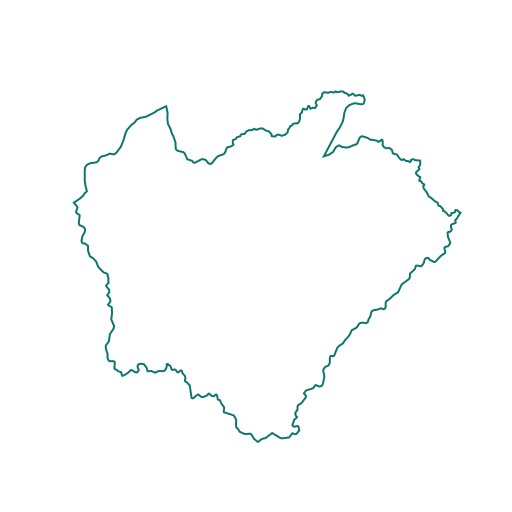 Manzanares, Caldas, Colombia, rotated 13°
{"feature_id": "7082276B1219739961370", "entity_name": "Manzanares", "entity_type": "district", "adm_level": 2, "iso_a3": "COL", "parent_name": "Colombia", "parent_adm1": "Caldas", "projection": "robinson", "projection_center": [-75.127, 5.233], "detail": "fine", "context": "isolated", "style": "outline", "palette": "teal", "viewbox_px": 512, "rotation_deg": 13, "n_neighbors": 0, "source": "geoboundaries", "source_scale": "gbopen_adm2", "svg_char_len": 6081}
<svg xmlns="http://www.w3.org/2000/svg" viewBox="0 0 512 512"><g transform="rotate(13 256 256)"><path d="M260.0,415.5L269.3,416.2L270.8,416.8L273.7,420.3L274.3,424.3L275.5,427.6L277.2,428.4L279.6,430.9L285.2,432.0L290.5,430.4L291.8,431.1L295.2,434.6L299.3,436.6L300.2,436.4L302.2,433.6L304.5,432.0L306.0,431.5L311.6,424.9L320.9,427.9L322.1,427.9L329.0,425.4L331.4,420.5L334.1,420.9L335.4,420.3L337.3,416.4L337.0,415.0L335.7,412.7L334.7,412.2L331.7,413.8L330.0,413.3L329.5,412.6L330.2,406.5L331.8,404.8L332.2,403.6L330.7,402.6L329.7,400.9L329.8,399.4L331.0,396.7L330.3,392.8L331.0,391.3L332.5,390.2L333.8,388.3L336.5,382.0L336.0,380.8L333.6,379.1L335.0,375.8L341.4,372.0L342.6,369.1L343.3,368.3L347.1,368.9L348.7,368.2L349.6,367.1L349.9,365.4L349.8,358.8L349.1,356.4L347.4,353.0L347.2,351.6L348.2,348.8L351.0,346.5L351.6,345.3L351.9,343.2L350.9,338.9L351.2,336.6L354.1,336.0L354.6,335.5L355.9,327.1L357.5,324.5L360.4,321.6L361.7,317.9L363.6,314.8L365.1,311.3L366.0,306.8L370.2,303.1L371.8,298.8L372.4,298.0L374.9,296.9L378.2,296.8L379.7,295.5L380.0,292.2L381.0,289.4L381.0,284.7L381.4,283.7L382.5,282.6L386.6,280.8L389.0,279.1L389.8,278.8L391.9,279.3L393.5,278.2L393.8,276.4L392.9,272.7L393.0,270.8L395.4,268.4L398.8,263.1L402.6,259.4L404.3,251.1L410.3,243.9L410.7,242.1L410.0,238.6L413.8,232.9L414.0,229.6L415.4,229.0L418.8,229.0L419.5,228.6L421.0,225.4L421.2,221.2L422.5,219.5L424.7,219.3L425.9,220.5L430.8,221.8L432.1,221.2L436.1,214.3L439.5,210.6L439.6,209.7L438.1,206.7L437.8,205.3L438.4,204.5L440.8,203.4L442.3,200.4L442.1,198.9L438.8,194.3L437.4,190.2L437.9,189.4L439.8,188.6L440.5,187.5L440.7,185.8L439.4,183.8L439.1,182.0L439.7,181.1L443.0,178.9L443.0,178.2L442.0,176.3L443.0,175.0L445.5,167.8L443.9,167.5L441.9,166.2L440.2,166.3L439.9,166.6L440.1,168.1L439.8,168.8L436.8,170.3L436.9,172.1L436.4,172.9L434.6,173.4L431.7,171.2L428.8,169.7L428.0,169.8L427.4,168.1L424.6,166.1L422.4,165.8L421.0,163.2L418.0,162.4L413.6,160.0L410.9,159.1L408.3,155.8L404.3,152.5L403.2,150.5L404.0,149.1L403.8,148.4L401.7,147.8L400.1,146.1L398.3,146.0L398.0,145.2L398.3,142.3L394.9,140.9L393.2,139.5L393.3,138.2L395.7,134.5L394.5,133.1L395.4,130.5L395.2,128.6L394.4,126.1L389.7,126.8L387.3,126.3L385.6,127.3L385.5,129.1L384.8,129.9L383.0,129.3L380.5,129.6L378.1,128.4L377.0,129.5L375.7,129.6L373.1,127.9L370.6,125.5L366.2,125.2L364.8,122.3L362.7,121.1L361.3,120.8L358.6,121.8L355.9,120.9L354.3,119.2L353.8,116.2L352.9,114.4L352.0,114.5L351.1,116.0L349.6,117.3L348.1,116.5L343.4,116.6L341.5,117.0L338.1,115.8L332.7,115.4L331.5,115.9L330.4,117.5L329.4,123.4L328.6,124.7L326.4,125.8L323.1,128.4L319.9,130.0L315.5,130.4L312.3,129.5L311.3,130.0L309.4,132.0L307.6,137.4L304.5,140.8L299.7,143.6L306.8,116.9L308.7,112.2L310.0,106.8L310.4,103.9L309.9,96.1L310.6,91.4L313.1,87.9L316.0,85.9L318.3,84.8L323.9,84.6L326.1,83.9L326.8,82.4L326.8,79.5L326.0,77.7L324.2,75.4L323.2,76.2L321.0,75.6L316.5,77.6L314.6,76.3L313.4,76.1L312.1,77.7L310.3,78.9L309.3,77.9L307.4,77.2L305.3,77.1L304.3,76.2L302.4,76.3L298.1,78.2L296.6,77.7L295.1,79.2L291.9,79.3L289.7,80.7L285.5,81.1L284.1,82.9L284.4,85.3L283.0,88.7L280.8,89.9L279.9,91.2L279.6,93.3L281.4,95.6L280.3,98.5L278.2,98.7L276.0,100.2L274.0,98.1L273.4,98.0L273.0,98.7L272.6,101.6L271.2,102.2L269.4,101.8L268.7,102.1L268.4,103.2L268.5,105.7L267.0,108.1L268.0,112.5L267.7,115.7L266.7,117.5L265.5,117.5L262.3,118.9L261.7,120.8L260.2,121.7L259.6,124.2L258.8,125.4L259.0,128.4L257.3,131.1L254.0,133.1L250.7,132.6L248.9,133.4L247.8,135.3L244.6,135.7L244.1,135.4L243.7,133.8L240.6,131.7L237.8,131.6L233.5,130.2L230.4,131.3L227.9,133.0L225.5,132.5L223.9,134.2L221.0,134.9L218.7,136.6L217.4,139.7L214.5,140.6L213.9,141.5L213.7,142.9L210.8,144.5L209.8,146.7L207.7,148.0L207.5,149.4L208.0,151.1L209.0,152.5L208.7,153.2L206.2,155.4L203.8,156.3L203.0,158.3L202.6,162.1L201.6,164.0L196.5,167.3L194.7,170.1L192.3,175.2L191.1,176.5L188.9,176.5L185.5,173.8L182.8,173.5L181.0,174.1L175.5,178.9L173.9,179.0L172.3,177.6L167.3,177.2L163.7,172.3L162.0,171.2L155.8,171.1L153.8,169.9L152.0,163.5L148.7,158.1L146.5,155.6L144.5,152.0L140.4,146.9L138.6,141.7L137.7,136.5L134.8,130.3L126.8,136.6L124.7,139.1L117.6,145.0L112.0,147.5L109.1,150.0L107.7,153.2L105.1,156.4L102.2,161.6L101.3,165.1L100.8,173.5L99.7,180.1L97.0,186.1L95.6,188.3L94.5,189.0L90.7,189.1L87.2,191.7L83.0,193.9L81.9,195.3L81.3,196.6L81.0,198.7L80.2,199.8L79.1,200.8L73.4,203.0L70.8,205.2L69.6,207.9L69.7,210.4L72.3,221.5L73.9,225.6L76.7,231.1L75.0,233.4L73.8,236.5L71.1,240.1L66.5,245.0L70.6,248.1L71.2,249.0L70.7,253.7L72.0,254.8L74.6,255.6L75.2,256.5L75.8,263.6L76.9,265.5L81.9,266.6L83.6,268.8L83.7,271.6L82.4,275.8L82.6,280.5L83.4,282.0L84.3,282.6L86.9,282.4L90.1,284.0L91.2,288.8L94.3,293.7L97.8,294.8L100.6,296.7L101.6,297.5L104.6,302.0L109.7,305.4L111.4,306.3L114.8,306.7L115.6,307.5L116.2,309.3L117.4,311.1L117.3,312.2L118.4,315.2L116.6,318.4L117.1,319.4L120.5,321.9L121.2,324.1L119.9,327.8L123.2,330.2L124.3,332.6L124.3,333.3L122.8,336.7L123.4,337.3L126.5,338.2L127.1,338.8L128.6,343.9L129.2,350.3L133.6,356.3L133.5,358.9L131.2,365.3L131.9,372.0L129.8,377.0L130.5,380.1L133.3,384.6L134.3,388.7L135.1,390.1L136.9,391.5L139.7,390.7L141.8,390.7L142.4,391.5L143.3,397.2L143.9,398.0L145.9,398.3L147.7,399.3L150.6,399.5L152.4,402.7L153.0,402.7L154.9,401.4L157.6,398.5L159.8,395.2L161.0,395.2L164.0,396.3L165.9,396.3L166.8,395.6L167.4,393.5L165.5,390.5L165.3,389.4L166.0,387.9L166.8,387.4L168.8,386.7L171.2,386.7L174.4,389.3L176.1,392.3L176.7,392.7L179.9,391.6L183.9,392.4L186.8,390.2L188.4,389.6L191.1,389.3L193.0,388.0L193.8,385.2L193.8,383.0L193.3,381.6L194.3,381.0L195.0,381.7L197.2,382.3L199.2,385.3L200.0,385.9L202.1,384.9L203.0,384.9L205.6,387.0L206.4,386.8L208.1,384.6L209.3,384.4L210.8,386.7L213.9,389.1L214.8,391.1L214.6,392.7L215.0,394.0L216.8,394.5L220.5,396.9L225.1,408.7L226.3,409.0L227.0,408.6L229.1,405.5L231.0,403.9L234.1,405.5L235.3,405.6L237.1,404.8L239.9,402.6L240.7,400.8L241.5,400.7L244.0,402.1L245.5,402.4L246.8,401.9L247.7,400.2L248.5,399.9L249.4,400.7L251.1,404.4L253.3,404.7L255.3,407.4L258.8,410.5L259.2,411.5L259.5,414.7L260.0,415.5Z" fill="none" stroke="#0f766e" stroke-width="2"/></g></svg>